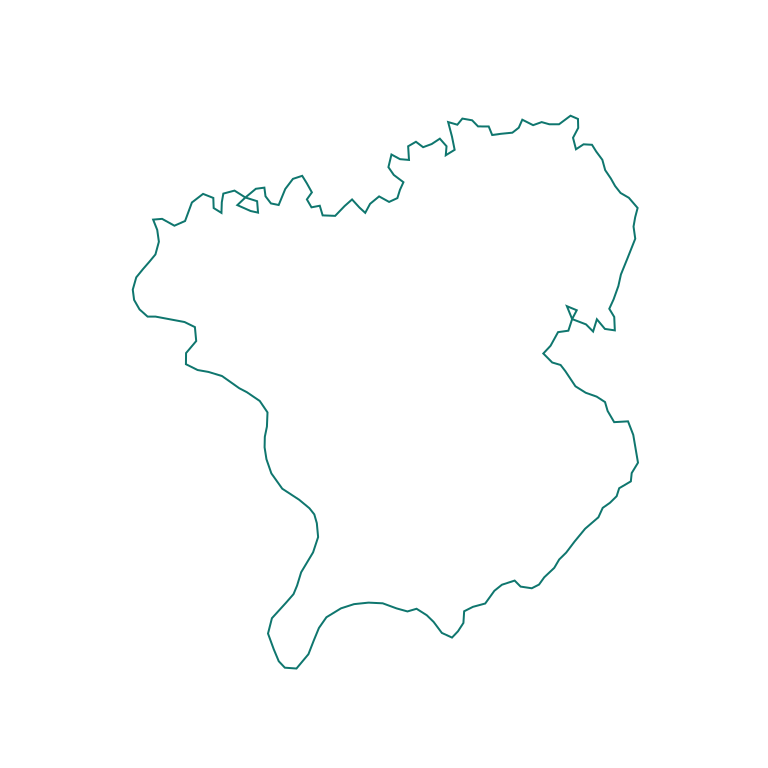 the district of Itambé, Paraná, Brazil, rotated 10°
{"feature_id": "56859067B60705951788517", "entity_name": "Itambé", "entity_type": "district", "adm_level": 2, "iso_a3": "BRA", "parent_name": "Brazil", "parent_adm1": "Paraná", "projection": "orthographic", "projection_center": [-52.013, -23.715], "detail": "fine", "context": "isolated", "style": "outline", "palette": "teal", "viewbox_px": 768, "rotation_deg": 10, "n_neighbors": 0, "source": "geoboundaries", "source_scale": "gbopen_adm2", "svg_char_len": 2656}
<svg xmlns="http://www.w3.org/2000/svg" viewBox="0 0 768 768"><g transform="rotate(10 384 384)"><path d="M558.0,287.4L572.6,290.2L580.8,296.0L582.4,283.3L592.0,291.4L602.0,291.1L599.1,278.0L592.8,270.8L595.4,260.8L597.8,246.8L598.3,235.0L602.0,217.7L606.2,197.3L602.4,185.6L602.4,176.1L603.2,166.6L592.8,158.1L583.8,154.8L577.2,148.9L571.7,142.2L564.7,135.0L560.1,125.3L552.6,118.2L547.3,112.3L538.9,113.3L532.3,119.5L527.4,108.7L530.8,98.1L529.0,89.3L521.1,87.4L511.3,97.8L501.7,99.5L493.8,98.7L485.9,103.2L474.3,99.7L472.2,108.2L466.8,114.2L455.7,117.3L447.3,120.0L442.4,112.2L431.9,114.0L425.0,109.0L415.1,109.0L411.2,115.9L401.7,114.9L408.0,128.6L412.9,141.1L405.1,148.0L404.3,139.0L396.4,132.7L389.3,139.4L381.4,144.0L373.4,139.9L366.5,145.7L369.7,159.0L360.7,159.8L351.5,156.7L350.7,169.7L357.3,176.4L368.1,181.9L366.0,190.0L364.9,198.6L357.4,203.8L346.6,200.1L339.0,209.0L335.8,218.7L329.2,214.5L320.5,207.8L314.3,215.6L306.7,226.9L294.3,228.6L289.8,219.6L281.9,222.6L276.0,215.6L279.7,207.8L273.1,199.7L267.3,193.2L258.7,197.8L252.9,209.1L249.2,226.0L241.3,225.8L234.7,219.7L232.1,211.4L223.9,214.0L215.1,224.4L203.2,219.5L192.7,224.4L192.7,233.1L194.2,243.7L185.7,240.3L183.6,230.4L172.8,228.2L163.3,238.6L159.8,258.0L150.1,264.5L136.8,259.9L128.1,262.2L133.9,271.6L137.6,283.0L136.4,296.1L131.8,304.2L126.8,312.5L121.5,322.0L120.2,334.7L123.3,344.6L130.3,353.0L139.5,358.7L147.2,357.3L176.8,357.6L187.9,360.8L191.6,374.3L183.7,387.9L185.5,398.9L198.0,402.6L209.1,402.6L223.1,404.3L242.2,413.3L250.4,415.9L264.6,422.3L274.2,432.2L276.1,446.3L275.8,456.7L277.4,467.1L281.3,478.5L288.6,491.6L302.0,504.8L320.5,512.7L332.1,519.3L338.0,524.5L342.0,532.7L345.7,546.2L343.4,562.1L335.1,583.8L333.4,597.6L331.4,606.6L325.5,616.4L314.3,634.1L313.1,649.9L321.5,664.4L328.5,675.3L335.6,680.6L347.2,679.4L356.5,663.2L359.4,648.7L362.3,635.5L367.8,623.7L380.6,612.4L392.7,606.0L406.7,602.0L420.8,600.2L435.3,602.8L446.6,603.9L455.1,599.7L466.3,604.3L474.2,609.7L484.2,619.1L495.0,621.9L499.8,614.7L503.7,605.5L502.4,593.9L510.3,588.0L521.8,582.6L528.6,568.5L535.0,561.2L546.8,554.9L553.7,559.8L565.0,559.5L571.5,554.6L575.4,546.5L583.6,535.5L587.0,526.4L592.7,518.4L599.0,506.1L607.2,491.6L618.3,478.0L620.9,468.0L627.2,461.7L632.6,454.1L633.7,445.8L644.0,437.0L643.4,428.7L647.8,417.4L638.3,390.8L630.8,378.4L617.3,381.6L608.9,371.7L604.8,363.4L595.6,359.5L584.2,357.6L572.9,353.0L560.4,339.9L554.6,334.6L545.9,333.6L535.6,326.3L541.4,317.4L546.4,302.7L556.3,299.5L558.0,287.4ZM215.1,224.4L227.3,226.0L230.2,237.1L222.6,236.8L208.5,233.3L215.1,224.4ZM558.0,287.4L550.6,275.6L561.0,277.9L558.0,287.4Z" fill="none" stroke="#0f766e" stroke-width="2"/></g></svg>